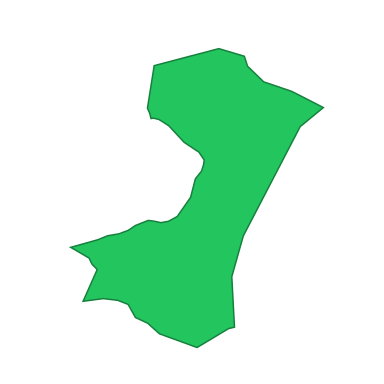 the border of Šentilj, rotated 109°
{"feature_id": "SVN-986", "entity_name": "Šentilj", "entity_type": "Municipality", "adm_level": 1, "iso_a3": "SVN", "parent_name": "Slovenia", "parent_adm1": "", "projection": "albers", "projection_center": [15.723, 46.676], "detail": "fine", "context": "isolated", "style": "filled", "palette": "green", "viewbox_px": 384, "rotation_deg": 109, "n_neighbors": 0, "source": "natural_earth", "source_scale": "10m", "svg_char_len": 738}
<svg xmlns="http://www.w3.org/2000/svg" viewBox="0 0 384 384"><g transform="rotate(109 192 192)"><path d="M216.9,129.2L259.1,126.8L306.0,107.8L309.2,112.9L337.4,136.6L336.7,176.6L330.5,191.2L329.1,204.6L319.1,215.8L318.6,226.9L321.7,241.2L330.8,259.4L296.2,256.4L292.7,263.2L288.0,267.8L283.8,288.7L268.0,265.8L260.8,257.5L255.4,247.6L249.2,240.0L242.1,234.6L233.1,224.1L231.9,218.2L231.1,211.4L227.4,204.8L220.0,198.0L197.5,191.6L178.5,193.1L169.1,189.8L162.0,190.0L157.8,190.9L152.1,198.4L147.6,215.6L136.9,235.6L134.2,246.9L134.7,252.3L135.9,254.7L131.5,257.5L127.3,261.4L84.8,268.9L47.7,213.3L46.6,186.7L55.0,180.4L64.5,160.1L64.4,130.3L69.4,95.3L95.0,111.0L216.9,129.2Z" fill="#22c55e" stroke="#15803d" stroke-width="1.5"/></g></svg>